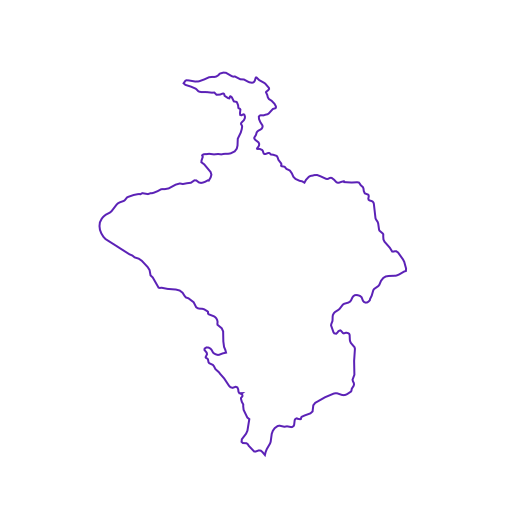 the border of Gorno-Badakhshan, rotated 69°
{"feature_id": "TJK-366", "entity_name": "Gorno-Badakhshan", "entity_type": "Region", "adm_level": 1, "iso_a3": "TJK", "parent_name": "Tajikistan", "parent_adm1": "", "projection": "albers", "projection_center": [72.466, 38.073], "detail": "fine", "context": "isolated", "style": "outline", "palette": "violet", "viewbox_px": 512, "rotation_deg": 69, "n_neighbors": 0, "source": "natural_earth", "source_scale": "10m", "svg_char_len": 6109}
<svg xmlns="http://www.w3.org/2000/svg" viewBox="0 0 512 512"><g transform="rotate(69 256 256)"><path d="M314.6,119.7L321.5,120.4L323.7,121.4L323.6,123.3L324.5,128.9L324.6,130.9L324.5,132.5L322.2,139.3L321.6,142.2L322.1,145.0L323.9,148.1L327.1,151.2L327.9,152.6L329.1,157.5L329.9,158.7L334.5,162.2L337.0,164.9L338.1,165.6L338.9,167.3L339.2,168.9L338.8,170.4L337.7,171.6L336.1,172.2L332.4,172.2L330.7,173.1L329.7,174.2L328.6,175.8L328.0,177.6L328.3,179.3L329.2,180.8L331.5,183.2L332.3,184.6L332.6,186.5L332.2,190.8L332.5,192.3L335.3,196.9L335.8,198.3L336.6,202.3L337.3,203.8L338.7,205.4L340.1,206.2L342.8,207.3L344.2,208.0L346.5,210.1L347.7,210.8L355.1,211.0L356.3,210.6L357.3,209.0L356.7,207.5L355.7,205.9L355.6,204.0L356.2,203.5L359.2,202.4L359.7,201.8L359.9,199.3L361.0,197.7L362.0,196.9L363.3,196.9L368.1,198.5L369.5,198.7L371.2,198.6L376.5,196.7L378.1,196.9L389.1,202.0L402.1,206.7L406.1,210.2L407.8,210.4L409.6,210.2L411.0,210.5L412.2,211.4L414.2,214.1L416.1,215.3L416.6,215.9L417.6,220.4L417.7,222.3L417.3,224.1L416.4,225.7L413.3,229.4L412.6,231.0L412.3,232.8L412.6,242.1L414.3,253.3L415.9,256.0L421.4,258.9L422.4,261.6L422.3,267.8L422.5,271.0L422.8,271.5L424.3,272.6L424.2,273.3L422.9,275.5L422.4,275.8L422.1,276.3L422.3,277.6L422.7,278.3L423.3,278.8L427.3,280.9L428.2,281.8L428.6,283.6L428.3,284.5L426.1,288.1L425.6,290.7L422.8,294.9L422.5,296.8L423.4,300.2L425.2,302.9L427.6,305.0L434.7,308.9L436.1,310.1L440.2,315.2L442.5,317.3L445.0,319.0L441.2,320.3L439.4,321.3L438.5,323.0L438.4,326.6L437.8,327.8L430.6,330.8L428.8,331.1L427.4,332.0L425.9,335.3L424.3,336.1L422.0,334.9L418.3,328.9L416.0,326.6L405.9,320.7L403.7,322.0L395.2,322.7L391.7,321.8L390.0,321.1L387.1,321.5L384.0,321.2L383.2,320.9L382.1,319.0L381.3,318.6L380.4,318.6L379.5,319.3L379.1,318.0L378.2,320.7L376.4,321.0L374.1,320.4L372.0,320.5L370.8,321.8L370.7,325.1L369.3,326.9L367.5,327.7L358.9,329.6L353.0,331.8L351.4,332.2L347.1,334.4L343.7,334.8L342.2,335.3L339.3,338.1L338.2,338.4L335.2,337.9L334.4,338.2L333.2,339.2L332.4,339.3L330.1,336.9L328.5,336.7L325.2,337.8L324.0,337.1L323.6,335.0L324.5,333.1L326.2,331.7L327.8,331.1L330.8,330.7L331.9,330.1L333.2,329.0L334.5,327.4L335.0,326.0L335.0,321.9L335.5,318.6L332.7,318.3L329.4,318.4L324.0,317.1L314.6,313.7L311.2,313.9L306.4,316.6L305.1,316.2L303.8,315.5L301.9,315.2L300.0,315.4L298.5,316.0L297.2,316.9L293.5,321.0L292.6,321.4L291.0,320.8L290.3,321.1L287.3,323.4L286.1,324.9L284.8,327.8L283.9,329.1L282.4,330.2L276.8,330.8L271.3,334.2L269.6,336.3L267.6,337.0L264.0,337.7L260.9,339.6L258.6,342.8L255.0,350.4L251.8,355.5L251.3,357.4L250.6,358.3L239.0,360.1L236.3,361.4L231.0,360.4L227.5,361.1L219.6,364.3L216.5,366.4L213.8,369.8L211.2,371.3L209.1,373.5L186.3,390.4L183.3,391.6L179.4,392.3L175.6,392.3L172.0,391.4L168.7,389.7L166.1,386.9L165.0,385.2L164.2,383.3L163.6,381.3L163.1,376.8L162.4,374.8L158.0,367.6L157.3,365.8L157.1,363.7L157.2,359.7L156.9,358.5L155.1,355.4L155.0,354.2L155.2,348.3L155.9,344.3L156.3,342.8L156.9,341.9L156.6,339.6L159.5,334.7L159.6,331.9L160.1,330.7L160.3,328.7L160.2,324.5L159.7,320.8L160.0,319.4L160.9,317.2L161.6,313.3L160.6,305.4L161.0,301.1L162.6,298.5L163.3,294.5L164.3,290.5L163.3,286.4L164.0,284.7L166.9,282.9L168.1,281.1L168.4,279.4L168.5,277.1L168.1,273.8L168.7,273.1L166.4,270.2L164.1,268.5L161.3,268.3L151.9,271.5L148.9,273.4L147.3,272.6L144.4,270.2L143.6,270.1L143.0,270.3L142.6,270.0L142.3,268.8L142.4,267.8L143.2,265.6L143.8,263.1L146.1,258.8L147.2,254.8L148.7,252.0L149.2,249.2L150.7,245.0L151.1,242.8L150.7,238.4L148.9,235.5L146.3,233.7L140.0,231.0L135.3,226.0L132.4,223.8L130.3,222.6L129.3,222.4L127.3,222.7L126.5,222.1L126.0,221.2L124.9,218.7L123.4,217.1L122.5,216.6L121.6,216.3L119.8,216.3L119.2,217.0L119.4,219.2L118.6,220.2L116.8,219.7L113.7,218.1L112.8,218.3L112.0,219.1L111.5,219.4L108.9,218.7L106.5,218.7L105.2,218.9L103.7,221.3L99.2,221.7L97.8,222.5L97.8,223.2L99.3,224.4L98.6,225.5L95.2,227.9L93.4,227.7L92.7,228.1L92.4,229.0L92.4,231.8L91.3,235.1L88.5,236.3L87.7,238.7L85.4,243.1L83.3,248.4L82.3,250.0L81.5,250.8L78.9,251.9L78.0,252.5L74.6,256.0L71.0,260.5L70.4,260.9L68.8,261.7L67.1,259.1L67.0,258.0L67.9,256.0L71.3,250.3L72.3,247.5L72.5,246.4L72.6,240.9L72.3,235.8L73.1,232.7L74.0,230.4L74.2,228.7L73.7,226.2L72.9,224.8L72.8,224.0L73.1,220.7L74.2,218.4L79.5,214.1L80.5,212.8L80.8,211.4L85.4,207.3L86.9,204.0L90.5,200.9L91.4,200.0L92.8,197.7L93.0,196.5L92.7,195.3L91.8,194.2L89.6,192.5L89.3,191.9L89.6,191.5L92.9,190.0L97.2,186.4L98.4,185.6L103.7,183.7L104.7,183.9L105.6,185.2L106.3,187.6L106.7,188.0L109.7,187.8L112.1,188.1L114.1,187.7L116.7,185.8L120.5,184.2L123.5,183.8L124.5,184.2L125.0,184.8L124.8,187.6L127.5,193.0L127.8,194.4L127.5,196.5L127.4,198.6L126.3,201.2L126.3,202.3L126.9,203.4L129.2,204.1L132.5,204.0L136.4,203.2L137.4,203.4L138.4,204.1L139.2,205.1L139.6,206.7L139.8,208.6L140.2,210.0L140.9,211.1L142.9,212.6L144.8,215.1L145.3,215.4L146.2,215.4L147.4,215.0L150.7,213.0L152.1,212.8L153.1,213.1L154.1,213.8L154.9,214.8L155.8,216.3L156.2,216.6L156.5,216.4L157.4,214.1L159.2,212.3L160.2,212.0L162.6,212.1L163.3,212.0L163.9,211.4L164.2,210.5L164.2,207.9L164.4,207.0L164.8,206.5L166.6,205.7L167.6,203.7L169.9,200.9L170.7,200.6L172.0,200.5L174.3,200.6L178.7,199.3L179.7,199.5L180.7,200.2L181.1,200.1L181.5,199.7L182.6,197.8L183.2,197.2L185.6,196.4L187.4,194.6L188.5,193.7L191.8,192.9L195.5,192.7L198.2,191.5L201.4,188.4L202.8,186.2L204.9,184.5L202.8,182.0L201.0,178.3L200.8,176.9L200.9,175.6L201.2,174.6L201.4,172.5L202.3,169.9L204.7,167.2L209.0,163.0L209.6,162.0L209.8,161.1L209.6,159.2L209.8,158.1L210.3,157.3L212.9,155.7L215.5,154.7L216.5,154.0L217.0,153.2L217.3,152.3L217.4,149.5L217.7,147.2L218.6,147.2L221.7,140.4L223.4,135.1L224.3,133.6L225.7,133.2L227.3,132.9L230.1,131.5L231.5,131.5L234.0,132.1L236.5,132.0L238.8,129.4L239.6,129.1L240.8,129.4L242.7,130.6L243.9,130.7L244.8,130.1L246.2,128.3L247.0,127.6L248.3,127.2L249.6,127.3L263.5,130.9L264.7,130.9L267.9,130.2L269.5,130.3L275.6,131.7L276.7,131.6L280.4,129.6L281.3,129.4L283.6,130.3L286.3,131.1L288.7,130.9L296.3,128.1L300.6,127.3L301.1,126.3L301.3,124.9L301.8,123.4L303.7,122.1L311.9,120.0L314.6,119.7Z" fill="none" stroke="#5b21b6" stroke-width="2"/></g></svg>